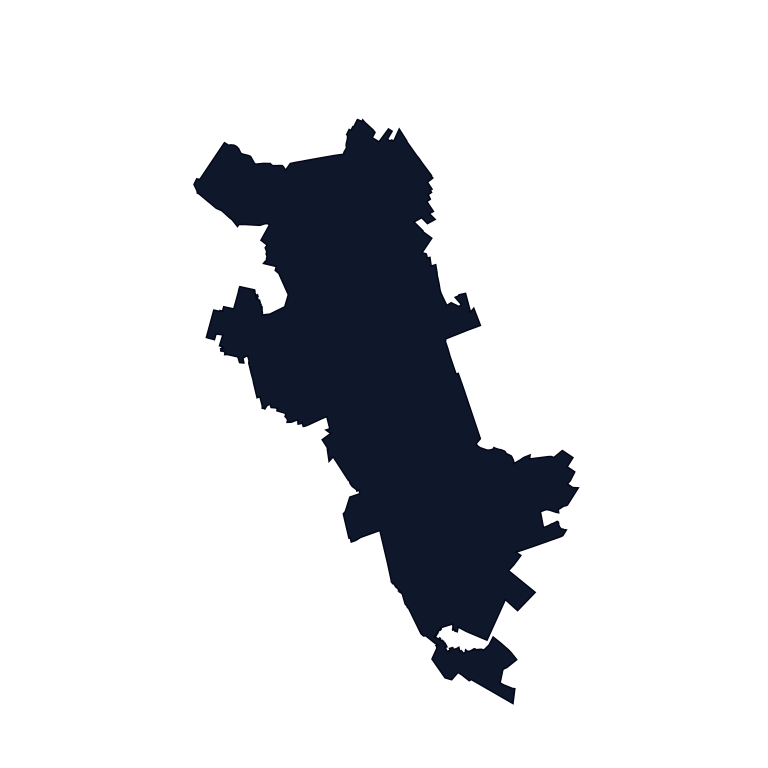 the district of Salto de Agua, Chiapas, Mexico, rotated 27°
{"feature_id": "50627088B63649052199970", "entity_name": "Salto de Agua", "entity_type": "district", "adm_level": 2, "iso_a3": "MEX", "parent_name": "Mexico", "parent_adm1": "Chiapas", "projection": "natural_earth1", "projection_center": [-92.162, 17.435], "detail": "fine", "context": "isolated", "style": "filled", "palette": "ink", "viewbox_px": 768, "rotation_deg": 27, "n_neighbors": 0, "source": "geoboundaries", "source_scale": "gbopen_adm2", "svg_char_len": 6158}
<svg xmlns="http://www.w3.org/2000/svg" viewBox="0 0 768 768"><g transform="rotate(27 384 384)"><path d="M622.2,580.8L627.4,569.4L619.4,565.7L615.7,564.4L605.5,561.8L596.1,559.9L596.1,568.9L593.7,575.9L592.9,575.8L591.0,576.2L588.1,578.0L588.1,578.7L585.1,578.7L584.7,579.4L584.1,579.4L583.9,580.3L584.6,580.3L584.0,580.9L583.5,580.6L581.8,583.1L579.6,584.3L577.4,583.7L577.5,584.6L578.4,586.0L577.2,587.9L573.9,586.5L573.5,587.8L572.9,587.8L570.2,584.6L568.8,586.8L566.4,589.0L564.9,587.6L562.4,589.9L563.9,591.3L562.6,592.5L563.2,593.1L562.6,593.7L562.0,593.0L561.3,593.5L558.1,590.9L559.4,589.6L556.0,587.2L555.5,587.7L553.9,586.2L553.3,586.8L552.4,585.9L551.1,587.0L550.5,586.4L550.3,585.7L549.7,585.0L549.3,585.0L549.9,585.7L549.2,586.4L548.8,586.2L548.3,586.8L547.6,586.2L546.4,586.5L544.8,586.0L544.2,586.6L543.8,586.5L544.4,585.9L543.8,585.6L544.4,585.1L544.1,584.9L544.7,584.3L544.3,584.0L545.0,582.3L544.4,581.7L545.0,581.2L544.5,580.4L544.8,580.1L544.2,579.5L545.4,578.3L544.9,578.1L545.3,577.5L545.8,577.8L546.2,576.9L546.0,576.6L546.2,576.2L545.2,575.4L554.0,566.8L555.7,568.9L556.4,571.3L556.9,572.1L559.0,570.9L559.4,572.0L561.8,571.5L560.4,566.9L569.7,567.1L592.1,565.5L590.0,521.0L605.9,525.3L613.3,501.0L579.7,493.8L581.8,486.2L583.8,474.6L577.9,474.1L592.5,459.1L610.8,439.8L612.2,437.9L612.7,431.7L612.0,432.3L611.4,432.1L611.5,431.7L611.0,432.0L609.4,432.0L609.0,432.3L608.6,432.3L607.9,432.9L607.9,432.6L607.3,432.6L605.8,431.8L604.6,431.5L604.5,430.9L603.5,430.2L603.0,429.0L602.3,428.2L601.8,427.8L601.3,428.2L600.6,427.8L598.7,430.6L596.6,432.9L595.1,435.2L591.3,439.6L581.4,426.8L584.7,423.1L586.1,422.0L588.9,421.2L596.0,420.1L598.1,419.4L596.1,416.5L597.1,415.5L599.6,411.2L601.9,409.4L602.4,408.4L604.3,388.3L599.0,390.6L592.8,389.7L593.9,385.6L593.9,375.7L584.8,374.6L585.8,363.8L573.1,362.3L568.8,372.3L565.9,372.7L563.7,373.9L547.7,384.7L546.4,380.9L542.0,385.9L540.7,388.0L540.4,389.0L535.7,396.1L535.2,394.7L533.5,392.8L530.3,390.4L527.7,390.3L524.7,390.5L522.5,389.2L521.6,389.1L517.8,389.5L516.7,390.0L512.5,390.7L510.8,390.7L510.6,392.8L508.0,395.0L505.7,396.1L498.5,397.1L495.9,396.7L494.4,396.2L493.3,394.9L494.7,389.0L456.2,351.2L445.3,340.8L443.8,342.5L430.4,329.5L425.0,323.7L419.4,318.2L418.7,315.6L433.6,298.6L443.3,288.0L429.6,275.7L428.5,280.7L415.5,266.2L410.3,270.5L410.2,271.9L408.0,274.5L416.7,278.0L415.8,280.9L406.9,281.1L404.3,285.5L393.9,277.5L391.5,275.1L386.9,268.9L381.8,262.6L380.8,260.8L375.9,254.2L372.5,257.5L367.4,250.3L365.7,252.0L364.6,251.2L364.0,250.3L362.5,248.9L358.3,249.7L360.4,232.4L349.2,230.6L349.3,229.9L337.2,226.0L342.1,218.7L349.9,221.4L354.9,214.1L347.0,211.6L349.7,207.8L339.4,202.0L341.4,198.3L337.4,195.2L339.4,191.7L337.2,190.4L338.4,188.6L331.1,184.5L334.0,178.3L331.6,177.3L331.7,176.7L316.8,169.3L313.0,167.2L309.0,165.4L293.9,157.5L294.0,157.1L281.8,149.9L282.4,163.6L280.2,163.0L278.7,164.8L275.9,164.2L276.5,155.1L272.2,154.7L269.6,170.4L261.7,169.9L261.8,163.9L258.8,162.5L247.6,159.4L245.1,158.3L245.2,160.0L240.3,160.4L240.2,160.7L240.3,168.6L239.4,168.8L239.4,173.0L237.4,173.0L237.5,178.8L239.0,179.1L239.1,179.9L240.2,182.5L241.3,187.1L242.1,188.9L243.4,190.6L243.1,195.8L243.8,197.5L236.2,202.8L224.6,211.5L204.2,227.0L200.4,230.1L199.3,238.2L195.4,235.9L194.0,235.6L185.7,240.0L183.2,239.5L182.7,239.1L176.4,242.2L170.1,246.2L169.3,246.4L168.1,246.0L162.1,242.0L161.3,241.8L159.2,242.0L153.8,243.3L152.4,243.4L151.4,243.2L147.6,240.3L145.4,239.5L144.3,239.3L141.9,239.3L138.9,240.5L137.2,241.8L132.3,241.4L127.0,285.3L124.0,286.2L124.1,292.5L129.5,296.6L131.1,298.7L132.5,298.5L154.9,303.6L160.7,303.2L169.8,305.7L174.1,306.6L182.0,310.2L182.2,307.8L188.4,304.7L201.4,299.0L204.9,295.5L206.9,294.2L207.8,294.0L209.7,294.1L209.1,311.8L216.7,313.2L216.3,316.6L219.2,319.1L220.1,320.6L219.7,320.9L219.9,321.6L222.4,324.0L222.1,324.7L223.3,328.0L222.7,328.3L223.1,329.4L222.5,329.9L222.2,329.7L221.9,331.3L234.7,328.2L235.5,332.2L240.0,333.2L258.2,347.9L260.5,360.3L250.6,373.5L244.1,377.8L243.3,375.6L241.9,373.7L240.5,370.9L240.1,371.4L238.1,368.8L237.5,369.3L236.4,367.7L236.6,367.5L235.0,365.8L234.0,366.6L232.6,365.0L231.8,366.1L230.7,364.9L232.0,363.2L230.7,361.9L229.5,363.6L228.7,362.7L229.0,362.5L226.1,360.1L226.8,359.9L226.0,358.9L211.4,362.7L211.5,364.5L212.7,369.0L216.0,385.3L206.1,387.9L207.0,392.4L204.4,393.0L204.5,393.9L198.8,395.4L204.6,423.2L212.8,421.5L211.7,415.7L218.1,413.4L220.1,424.7L223.4,424.0L223.5,424.3L223.0,424.7L223.1,425.2L224.3,425.3L222.4,426.7L223.7,428.7L225.8,427.8L227.9,427.9L228.7,430.2L231.3,428.8L241.5,426.2L245.6,430.5L249.6,428.9L246.5,424.9L249.5,420.6L253.0,424.2L254.0,426.8L261.2,435.2L265.8,440.2L266.8,441.7L277.2,453.9L279.2,451.7L285.4,458.7L286.5,460.9L287.9,460.4L288.2,460.0L288.9,460.5L289.1,460.4L289.3,460.0L289.4,457.2L289.7,456.2L290.5,455.0L291.5,454.2L292.5,454.2L293.1,455.2L294.1,456.2L297.3,454.9L298.0,454.3L299.3,454.6L300.0,453.9L300.4,453.8L300.7,456.5L309.4,454.9L309.8,455.4L310.3,455.4L310.5,457.9L313.1,458.8L314.0,459.5L314.5,460.1L315.0,462.2L318.8,460.1L322.1,456.4L322.5,456.2L323.0,455.4L323.6,455.6L325.7,458.8L328.6,456.4L328.6,455.6L331.3,458.5L332.9,457.3L335.4,454.5L344.1,443.4L347.8,439.0L356.0,448.5L353.1,451.4L359.0,452.2L354.2,461.7L363.5,467.1L363.0,467.7L370.2,477.9L371.6,472.5L372.0,472.1L396.1,486.1L396.7,485.5L398.9,488.0L402.2,489.7L407.4,490.6L408.4,491.7L409.9,489.9L412.3,492.7L404.9,500.3L407.4,515.1L406.7,518.2L422.8,537.3L423.9,536.5L426.6,539.7L429.8,536.3L432.8,531.3L446.8,516.4L468.2,541.7L480.5,556.8L480.4,556.9L482.1,557.8L482.2,557.6L482.7,557.9L483.7,557.6L486.1,559.2L486.1,558.6L487.6,559.6L490.9,560.7L490.8,561.7L491.8,561.5L491.9,562.1L492.4,562.0L492.5,561.7L493.2,562.0L492.9,562.3L493.9,562.4L493.8,562.1L495.7,562.9L502.9,570.6L505.3,571.4L505.9,572.2L506.6,572.6L507.6,572.6L530.3,589.7L533.6,590.6L535.5,589.4L547.2,591.9L550.5,592.2L549.1,593.5L550.0,593.9L551.1,595.8L551.6,607.3L571.8,618.1L578.6,616.8L580.9,607.4L585.7,607.9L594.7,609.7L595.9,607.7L644.0,610.2L638.9,596.1L636.8,596.9L627.8,597.7L624.6,597.7L622.9,597.2L622.3,594.4L619.6,584.6L620.1,583.5L622.2,580.8Z" fill="#0f172a" stroke="#020617" stroke-width="1.5"/></g></svg>